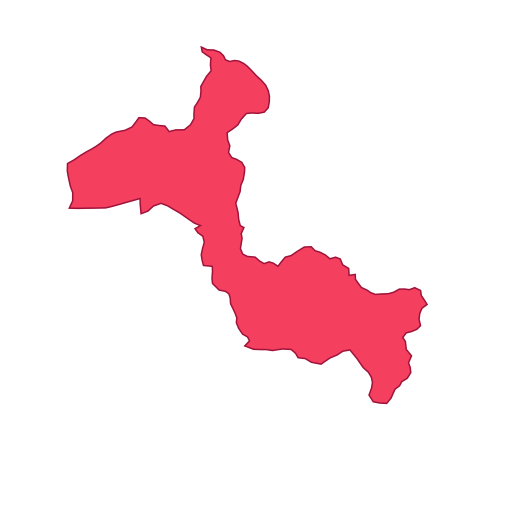 the district of Dias d'Ávila, Bahia, Brazil, rotated 51°
{"feature_id": "56859067B71417853193151", "entity_name": "Dias d'Ávila", "entity_type": "district", "adm_level": 2, "iso_a3": "BRA", "parent_name": "Brazil", "parent_adm1": "Bahia", "projection": "robinson", "projection_center": [-38.284, -12.606], "detail": "fine", "context": "isolated", "style": "filled", "palette": "rose", "viewbox_px": 512, "rotation_deg": 51, "n_neighbors": 0, "source": "geoboundaries", "source_scale": "gbopen_adm2", "svg_char_len": 2861}
<svg xmlns="http://www.w3.org/2000/svg" viewBox="0 0 512 512"><g transform="rotate(51 256 256)"><path d="M332.8,190.5L329.6,195.8L324.0,191.8L317.4,194.2L311.3,192.4L307.0,194.9L304.7,200.3L299.0,201.4L293.1,204.0L289.1,206.8L283.5,207.3L279.4,212.9L278.3,221.5L277.8,228.4L275.3,234.0L276.5,240.1L277.8,245.4L272.6,247.0L268.8,249.5L267.0,254.5L262.4,256.3L256.3,257.4L250.9,263.0L246.2,265.1L240.5,263.5L236.8,259.4L233.5,255.7L229.3,253.4L226.3,247.5L222.4,249.1L216.8,246.5L211.1,242.7L206.8,240.6L202.3,238.6L199.6,234.1L196.0,227.9L191.5,223.3L188.5,217.7L183.5,212.1L180.2,209.1L174.3,208.1L168.6,210.3L164.3,212.9L158.3,212.2L153.9,207.0L148.0,205.0L142.0,200.8L142.6,193.7L142.7,187.7L140.4,181.2L139.2,173.8L142.1,169.4L146.5,164.5L149.4,159.1L148.5,153.2L144.4,148.5L140.4,145.1L135.4,142.5L129.3,141.0L122.9,141.3L116.0,142.3L108.2,142.8L102.8,143.4L98.7,144.4L93.8,146.6L90.6,149.6L88.4,153.9L84.3,156.3L79.9,155.2L75.0,155.8L69.4,159.1L65.0,164.2L59.2,167.0L63.5,169.3L68.4,168.0L73.6,166.3L78.6,171.0L83.8,174.3L85.2,181.3L87.7,187.7L89.5,192.2L93.1,194.9L97.6,199.3L99.9,205.0L101.5,210.1L106.5,214.8L110.2,217.7L112.8,224.3L112.8,232.3L107.5,239.0L104.6,245.2L97.7,245.0L93.5,249.3L89.3,253.1L84.4,253.9L78.9,255.4L74.8,259.9L76.3,265.3L77.7,271.2L75.9,278.7L71.8,286.4L70.5,290.9L70.0,298.0L70.5,305.6L70.1,311.5L69.4,316.8L68.4,321.8L67.4,328.8L66.8,336.9L65.5,344.3L71.1,349.1L75.7,351.7L84.8,356.3L91.5,358.6L97.8,363.8L101.3,371.0L106.7,364.7L109.6,361.0L113.0,356.6L116.9,351.7L120.3,347.3L123.9,342.7L126.1,338.3L129.0,331.8L132.9,322.6L138.4,309.9L142.7,313.3L150.8,318.7L153.1,311.7L152.6,304.3L155.3,296.7L161.2,293.2L167.7,290.8L175.0,288.0L180.4,286.5L186.7,284.7L191.7,283.2L197.4,280.0L196.4,286.2L201.4,286.5L207.2,284.9L212.7,287.5L216.6,292.9L220.6,297.8L225.1,300.4L230.3,302.8L236.5,296.5L240.5,299.4L245.7,304.3L250.0,307.1L259.3,306.1L264.2,302.0L268.4,300.9L272.4,302.5L277.1,305.8L282.8,307.1L286.9,308.1L292.1,309.9L295.4,313.2L301.3,315.0L308.3,315.6L313.6,313.5L317.9,314.5L318.8,321.3L327.0,316.6L332.1,310.7L335.2,306.9L339.8,302.7L344.8,294.1L350.7,287.5L356.7,286.5L361.5,287.3L366.7,282.3L373.5,279.8L381.0,273.5L381.3,268.6L381.8,262.8L384.0,255.0L384.6,248.5L388.1,242.1L399.3,242.1L410.3,242.9L417.1,241.8L423.0,242.7L427.7,245.2L431.5,249.5L435.2,255.7L443.1,256.6L448.3,252.2L452.8,247.2L451.4,240.4L449.2,236.2L447.0,231.7L447.2,226.1L445.4,221.8L446.2,215.3L444.0,209.1L439.7,206.3L435.0,204.7L431.5,198.0L423.2,198.0L416.4,193.7L411.7,193.2L410.3,187.7L412.6,182.6L414.2,177.1L413.7,172.0L407.8,169.1L403.8,165.0L401.1,160.1L401.3,153.5L396.0,152.9L390.7,152.4L386.4,149.8L380.5,152.6L378.7,158.0L375.1,161.4L371.9,165.5L370.8,171.8L368.5,177.1L364.0,183.0L361.0,187.4L356.5,190.0L352.4,191.2L346.8,193.9L341.8,193.7L336.8,193.4L332.8,190.5Z" fill="#f43f5e" stroke="#9f1239" stroke-width="1.5"/></g></svg>